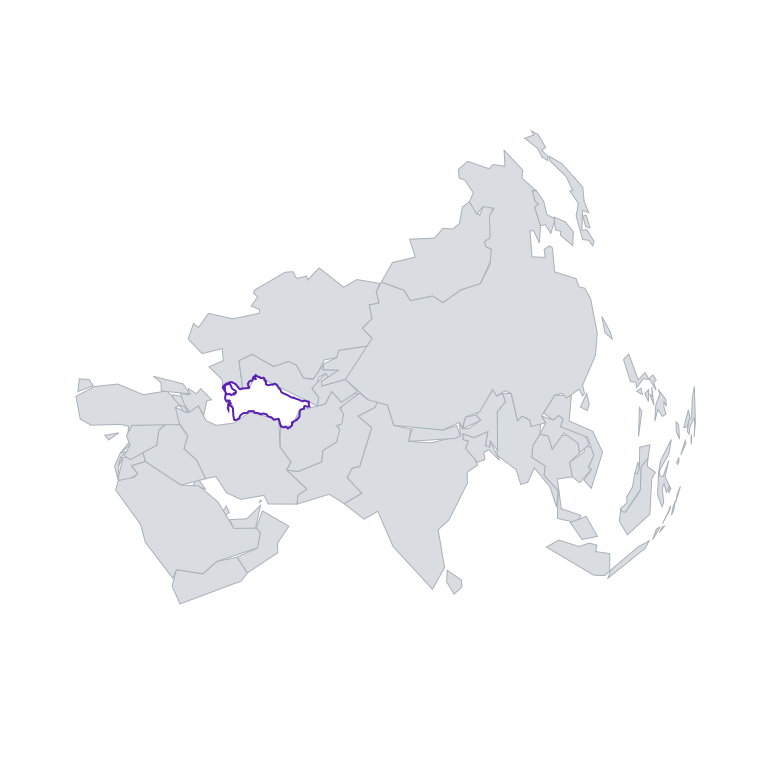 location of Turkmenistan within Asia, rotated 351°
{"feature_id": "TKM", "entity_name": "Turkmenistan", "entity_type": "country or territory", "adm_level": 0, "iso_a3": "TKM", "parent_name": "Asia", "parent_adm1": "", "projection": "orthographic", "projection_center": [58.325, 38.975], "detail": "fine", "context": "in_parent", "style": "outline", "palette": "violet", "viewbox_px": 768, "rotation_deg": 351, "n_neighbors": 45, "source": "natural_earth", "source_scale": "50m", "svg_char_len": 17937}
<svg xmlns="http://www.w3.org/2000/svg" viewBox="0 0 768 768"><g transform="rotate(351 384 384)"><path d="M395.8,284.2L390.8,291.9L391.8,303.2L381.8,303.7L382.4,317.6L371.4,325.5L379.4,337.1L377.9,344.0L344.4,343.8L341.6,350.5L328.8,350.9L316.6,368.1L305.3,365.5L300.5,351.9L293.5,346.9L277.7,349.5L258.3,334.1L244.4,338.4L243.8,366.4L233.4,358.3L224.3,362.0L224.8,354.3L213.9,339.6L229.0,335.8L229.8,323.7L209.0,325.5L197.7,309.0L205.3,294.4L209.6,299.2L221.7,286.8L244.7,296.0L271.8,294.6L272.9,291.1L265.0,286.2L272.8,278.4L269.3,273.4L271.2,270.9L303.6,258.2L311.5,258.8L314.3,266.1L324.5,265.3L325.0,269.3L338.1,259.2L359.3,282.1L373.6,276.6L395.8,284.2Z" fill="#d9dde1" stroke="#a8b0b8" stroke-width="1"/><path d="M243.8,366.4L244.4,338.4L258.3,334.1L277.7,349.5L293.5,346.9L300.5,351.9L305.3,365.5L314.5,368.4L328.0,354.4L325.9,360.4L341.3,363.2L335.0,369.7L328.2,370.1L327.8,364.5L320.5,367.2L317.0,376.8L312.2,377.0L317.4,387.3L314.8,395.4L259.0,355.6L250.3,366.5L243.8,366.4Z" fill="#d9dde1" stroke="#a8b0b8" stroke-width="1"/><path d="M685.2,472.6L685.2,472.1L682.0,484.6L684.5,473.4L685.1,465.7L679.2,474.8L677.6,481.3L676.1,478.3L679.7,466.9L676.8,473.6L673.2,474.0L680.6,457.1L680.9,466.8L682.5,465.5L686.2,446.4L690.2,434.8L685.4,471.5L685.2,472.6ZM653.6,544.6L650.5,553.8L647.4,558.5L650.1,551.0L653.6,544.6ZM678.0,491.7L678.4,487.8L679.6,482.0L679.5,485.4L678.0,491.7ZM633.0,498.8L631.2,506.6L638.2,513.7L633.7,519.3L626.2,554.2L600.7,571.1L595.0,556.3L598.3,544.1L602.4,548.3L617.2,532.9L620.7,528.4L624.9,506.0L633.0,498.8ZM666.0,500.3L672.6,486.9L673.1,489.7L666.0,500.3ZM663.1,507.1L661.2,509.2L660.8,507.5L663.7,502.7L663.1,507.1ZM666.5,467.2L668.7,470.0L667.2,484.7L665.3,476.6L666.5,467.2ZM645.0,503.3L659.1,483.7L654.4,497.6L642.6,512.6L642.0,517.7L645.1,519.1L653.3,504.1L647.0,519.6L651.0,532.4L648.0,536.0L650.1,529.3L645.9,535.2L645.0,526.1L642.5,530.7L641.7,545.1L639.3,548.6L636.9,536.4L641.3,514.6L645.0,503.3ZM638.8,568.4L632.8,573.7L636.4,568.7L638.8,568.4ZM637.1,565.6L644.7,554.9L648.0,549.0L646.9,552.7L637.1,565.6ZM630.3,570.0L634.3,568.3L624.9,579.9L630.3,570.0ZM578.9,603.2L609.5,584.7L621.4,580.4L616.3,587.0L574.8,610.9L578.9,603.2ZM566.8,582.6L580.4,586.9L577.7,603.8L572.0,607.7L561.4,605.7L518.8,570.5L532.1,565.5L551.2,575.0L561.7,573.2L569.0,576.4L566.8,582.6Z" fill="#d9dde1" stroke="#a8b0b8" stroke-width="1"/><path d="M653.4,546.8L656.9,537.7L660.8,531.4L653.4,546.8Z" fill="#d9dde1" stroke="#a8b0b8" stroke-width="1"/><path d="M117.5,410.3L110.2,419.4L106.3,436.6L105.0,423.0L112.9,410.6L117.5,410.3Z" fill="#d9dde1" stroke="#a8b0b8" stroke-width="1"/><path d="M123.6,404.6L113.1,410.6L123.3,401.5L123.6,404.6Z" fill="#d9dde1" stroke="#a8b0b8" stroke-width="1"/><path d="M114.5,416.4L109.1,423.1L112.6,414.8L114.5,416.4Z" fill="#d9dde1" stroke="#a8b0b8" stroke-width="1"/><path d="M114.5,416.4L135.3,413.8L136.1,423.4L121.9,425.1L126.6,434.0L112.9,440.7L106.3,436.6L114.5,416.4Z" fill="#d9dde1" stroke="#a8b0b8" stroke-width="1"/><path d="M210.5,493.8L227.3,495.7L243.1,484.5L233.9,507.9L213.0,503.1L210.5,493.8Z" fill="#d9dde1" stroke="#a8b0b8" stroke-width="1"/><path d="M205.4,489.6L205.3,484.2L209.2,479.8L211.1,486.6L205.4,489.6Z" fill="#d9dde1" stroke="#a8b0b8" stroke-width="1"/><path d="M185.0,447.7L191.3,459.9L179.5,454.3L185.0,447.7Z" fill="#d9dde1" stroke="#a8b0b8" stroke-width="1"/><path d="M136.1,423.4L135.3,413.8L150.0,408.8L154.2,394.6L164.3,388.5L175.7,392.1L182.0,404.5L176.4,416.8L187.0,429.7L193.1,449.7L167.5,452.0L136.1,423.4Z" fill="#d9dde1" stroke="#a8b0b8" stroke-width="1"/><path d="M235.4,506.4L244.0,490.3L267.8,509.6L253.7,524.7L252.8,534.0L219.3,549.3L211.8,532.1L233.5,526.0L238.5,511.7L235.4,506.4ZM244.7,480.1L241.9,481.9L243.9,479.4L244.7,480.1Z" fill="#d9dde1" stroke="#a8b0b8" stroke-width="1"/><path d="M555.4,505.1L555.0,490.4L571.1,482.4L572.4,476.3L579.3,479.2L580.2,487.4L572.8,498.2L575.7,500.6L561.9,512.1L555.4,505.1Z" fill="#d9dde1" stroke="#a8b0b8" stroke-width="1"/><path d="M566.4,482.7L555.0,490.4L555.4,505.1L540.4,505.0L539.6,534.9L558.0,544.7L552.9,551.3L534.2,543.9L539.3,516.6L527.7,499.4L530.3,490.2L518.4,479.4L521.3,468.3L530.2,457.9L538.0,460.9L540.0,474.7L550.0,462.6L559.1,463.5L566.4,472.9L566.4,482.7Z" fill="#d9dde1" stroke="#a8b0b8" stroke-width="1"/><path d="M577.2,475.7L566.4,482.7L566.4,472.9L553.9,460.6L540.0,474.7L538.0,460.9L530.2,457.9L537.6,447.7L534.6,440.4L545.6,446.1L551.7,442.2L555.3,446.8L551.8,453.9L574.4,464.7L577.2,475.7Z" fill="#d9dde1" stroke="#a8b0b8" stroke-width="1"/><path d="M530.2,457.9L521.3,468.3L518.4,479.4L530.3,490.2L527.7,499.4L539.3,516.6L535.2,532.5L531.9,511.8L519.4,490.3L510.7,503.6L503.3,504.6L501.2,489.4L484.5,472.1L491.4,429.3L501.1,420.4L499.5,411.7L508.2,413.3L510.2,441.3L515.5,437.2L522.4,442.4L522.4,448.9L533.0,445.1L530.2,457.9Z" fill="#d9dde1" stroke="#a8b0b8" stroke-width="1"/><path d="M566.4,510.3L575.7,500.6L572.8,498.2L580.2,487.4L576.7,468.5L551.8,453.9L555.3,446.8L551.7,442.2L545.6,446.1L537.0,437.8L550.7,421.8L567.3,424.9L561.0,449.5L582.8,463.4L589.2,485.6L572.4,519.5L566.4,510.3Z" fill="#d9dde1" stroke="#a8b0b8" stroke-width="1"/><path d="M564.7,217.1L570.3,228.4L571.3,242.2L578.9,247.7L572.3,261.4L568.3,251.7L563.2,252.3L562.2,245.9L560.4,232.9L564.7,230.3L561.9,227.9L560.7,216.1L564.7,217.1Z" fill="#d9dde1" stroke="#a8b0b8" stroke-width="1"/><path d="M577.3,258.4L578.2,245.8L588.4,252.2L594.9,263.3L592.0,276.9L581.5,264.6L582.5,260.9L577.3,258.4Z" fill="#d9dde1" stroke="#a8b0b8" stroke-width="1"/><path d="M397.3,283.0L411.4,265.3L434.8,263.5L431.9,245.0L456.7,247.8L466.6,239.4L476.1,241.8L483.6,237.4L489.0,221.5L496.9,217.5L504.9,232.6L509.5,224.3L518.8,225.3L511.6,256.5L505.4,259.1L506.4,264.5L511.1,267.6L509.9,277.1L494.9,300.0L474.4,303.2L455.0,313.0L445.6,304.7L423.0,305.9L418.4,294.6L397.3,283.0Z" fill="#d9dde1" stroke="#a8b0b8" stroke-width="1"/><path d="M499.5,411.7L501.1,420.4L491.4,429.3L485.8,467.3L480.1,457.4L478.6,463.0L474.5,460.7L479.1,447.4L464.3,451.1L454.3,445.7L453.4,451.3L458.5,453.5L454.6,460.6L458.8,461.2L463.7,478.7L452.2,484.3L451.0,494.8L426.8,528.5L414.7,536.4L415.1,574.8L399.7,594.3L367.5,545.8L357.9,508.7L343.2,514.4L325.8,495.9L344.9,488.5L332.9,470.8L339.4,462.1L347.1,461.6L364.9,425.3L353.3,411.7L371.6,405.6L376.1,398.1L384.2,405.4L387.2,426.4L403.6,432.7L399.3,444.5L421.2,449.5L451.4,447.0L452.4,433.6L454.8,440.5L460.7,441.2L473.7,435.0L470.0,429.2L490.4,406.5L493.5,413.5L499.5,411.7Z" fill="#d9dde1" stroke="#a8b0b8" stroke-width="1"/><path d="M480.1,457.4L486.2,477.6L477.3,465.3L471.8,467.2L471.9,474.5L464.1,475.9L454.6,460.6L458.5,453.5L453.4,451.3L454.3,445.7L464.3,451.1L479.1,447.4L474.5,460.7L478.6,463.0L480.1,457.4Z" fill="#d9dde1" stroke="#a8b0b8" stroke-width="1"/><path d="M470.0,429.2L473.7,435.0L454.8,440.5L459.4,429.3L470.0,429.2Z" fill="#d9dde1" stroke="#a8b0b8" stroke-width="1"/><path d="M449.2,436.4L451.4,447.0L446.5,448.9L399.3,444.5L405.7,430.2L435.1,438.7L449.2,436.4Z" fill="#d9dde1" stroke="#a8b0b8" stroke-width="1"/><path d="M376.1,398.1L371.6,405.6L353.3,411.7L364.9,425.3L347.1,461.6L339.4,462.1L332.9,470.8L344.9,488.5L325.8,495.9L312.6,484.3L279.2,489.0L281.6,480.3L291.3,475.9L274.2,453.6L285.4,457.0L310.2,451.1L313.2,440.1L328.0,433.9L339.4,397.1L358.2,389.1L365.9,397.1L376.1,398.1Z" fill="#d9dde1" stroke="#a8b0b8" stroke-width="1"/><path d="M296.3,397.2L323.0,394.4L331.2,383.1L339.2,395.4L346.6,388.3L358.2,389.1L336.4,400.9L339.4,407.5L336.1,416.9L330.2,417.5L333.2,422.2L328.0,433.9L313.2,440.1L310.2,451.1L285.4,457.0L274.2,453.6L279.9,446.6L271.4,429.9L275.2,409.5L286.2,410.9L296.3,397.2Z" fill="#d9dde1" stroke="#a8b0b8" stroke-width="1"/><path d="M314.8,395.4L317.4,387.3L312.2,377.0L327.8,364.5L330.6,369.6L322.4,376.2L346.6,373.4L356.8,387.1L339.2,395.4L331.2,383.1L323.0,394.4L314.8,395.4Z" fill="#d9dde1" stroke="#a8b0b8" stroke-width="1"/><path d="M328.0,354.4L341.6,350.5L344.4,343.8L377.9,344.0L346.6,373.4L322.4,376.2L322.4,371.8L341.3,363.2L325.9,360.4L328.0,354.4Z" fill="#d9dde1" stroke="#a8b0b8" stroke-width="1"/><path d="M193.1,449.7L187.0,429.7L176.4,416.8L182.0,404.5L173.4,385.5L174.4,374.5L185.4,381.4L197.3,376.4L202.4,392.3L211.8,398.6L229.9,399.1L247.1,390.8L274.5,403.1L271.4,429.9L279.9,446.6L274.2,453.6L291.3,475.9L281.6,480.3L279.2,489.0L250.9,484.4L248.1,475.2L224.5,475.6L211.5,466.9L203.4,449.0L193.1,449.7Z" fill="#d9dde1" stroke="#a8b0b8" stroke-width="1"/><path d="M116.0,414.3L123.6,404.6L121.5,394.7L128.6,385.4L161.6,389.3L154.2,394.6L150.0,408.8L122.0,419.0L116.0,414.3Z" fill="#d9dde1" stroke="#a8b0b8" stroke-width="1"/><path d="M187.5,381.4L172.9,367.8L173.5,361.5L184.3,365.3L187.5,381.4Z" fill="#d9dde1" stroke="#a8b0b8" stroke-width="1"/><path d="M175.7,392.1L128.6,385.4L123.6,392.0L125.1,385.8L117.2,382.6L88.3,378.9L78.5,371.2L77.8,348.1L97.6,341.2L121.1,342.4L144.6,356.9L168.8,356.9L178.7,372.9L174.4,374.5L175.7,392.1ZM83.8,331.2L93.4,333.4L96.5,340.2L80.5,343.6L83.8,331.2Z" fill="#d9dde1" stroke="#a8b0b8" stroke-width="1"/><path d="M429.8,589.9L429.1,596.8L420.3,602.5L414.9,589.3L417.3,577.8L429.8,589.9Z" fill="#d9dde1" stroke="#a8b0b8" stroke-width="1"/><path d="M580.5,442.1L574.4,437.4L582.7,425.1L583.5,435.9L580.5,442.1ZM346.6,373.4L379.4,337.1L371.4,325.5L382.4,317.6L381.8,303.7L391.8,303.2L390.8,291.9L397.3,283.0L418.4,294.6L423.0,305.9L445.6,304.7L455.0,313.0L474.4,303.2L494.9,300.0L507.3,282.6L511.1,267.6L506.4,264.5L505.4,259.1L511.6,256.5L514.5,234.2L520.3,227.7L509.5,224.3L502.3,230.9L496.9,217.5L502.1,209.2L495.9,195.3L490.5,192.5L491.1,183.6L501.6,177.2L521.4,187.8L526.0,184.3L537.5,187.9L539.2,172.0L554.6,194.6L552.4,202.2L564.7,217.1L560.7,216.1L561.9,227.9L564.7,230.3L560.4,232.9L563.2,252.3L559.5,269.1L555.9,256.4L552.2,255.0L550.1,281.6L563.0,284.2L563.2,276.1L569.1,273.4L571.7,276.0L570.1,299.9L590.2,310.0L591.9,318.7L597.3,320.8L601.4,332.3L602.6,367.0L597.3,388.8L579.9,416.4L580.6,424.6L578.3,426.9L575.8,419.7L562.1,426.5L558.5,421.0L550.7,421.8L534.6,440.4L537.6,447.7L522.4,448.9L522.4,442.4L515.5,437.2L510.2,441.3L508.2,413.3L502.4,409.6L493.5,413.5L490.4,406.5L474.2,426.4L459.4,429.3L454.3,439.1L452.4,433.6L435.1,438.7L387.2,426.4L384.2,405.4L365.9,397.1L346.6,373.4Z" fill="#d9dde1" stroke="#a8b0b8" stroke-width="1"/><path d="M609.8,351.4L615.7,368.4L616.4,375.3L610.2,367.8L609.8,351.4Z" fill="#d9dde1" stroke="#a8b0b8" stroke-width="1"/><path d="M190.1,358.0L197.3,364.4L202.2,359.9L211.3,372.6L206.5,372.8L201.1,386.5L197.3,376.4L187.5,381.4L183.5,372.2L181.4,361.5L189.8,364.1L190.1,358.0ZM185.4,381.4L181.6,379.8L178.7,372.9L183.8,375.5L185.4,381.4Z" fill="#d9dde1" stroke="#a8b0b8" stroke-width="1"/><path d="M157.3,340.3L185.6,352.5L190.7,363.3L162.9,356.1L164.0,347.7L157.3,340.3Z" fill="#d9dde1" stroke="#a8b0b8" stroke-width="1"/><path d="M637.6,434.8L632.5,430.8L637.2,428.3L637.6,434.8ZM647.3,447.3L645.0,436.0L647.0,438.1L648.0,428.9L647.3,447.3ZM653.9,432.3L659.8,443.1L659.6,450.2L657.7,445.6L656.8,450.7L657.8,457.9L653.8,459.5L650.5,451.9L645.6,463.1L649.2,447.2L655.0,436.8L653.9,432.3ZM634.3,451.7L627.2,475.6L632.6,447.3L634.3,451.7ZM630.3,392.6L635.8,419.6L643.8,413.6L646.2,420.9L641.0,419.4L632.9,427.1L633.0,421.4L627.8,420.2L624.4,397.4L630.3,392.6ZM642.4,442.7L640.1,434.2L644.6,430.9L642.4,442.7ZM651.0,417.1L653.4,422.7L650.7,424.4L651.7,432.6L646.7,419.9L651.0,417.1Z" fill="#d9dde1" stroke="#a8b0b8" stroke-width="1"/><path d="M546.4,549.9L562.9,546.4L571.0,567.9L555.3,568.6L546.4,549.9ZM633.0,498.8L624.9,506.0L620.7,528.4L602.4,548.3L599.2,547.5L598.3,544.1L605.3,539.3L606.1,533.5L613.2,524.7L617.9,511.3L622.8,508.0L626.7,486.4L637.2,485.6L633.0,498.8Z" fill="#d9dde1" stroke="#a8b0b8" stroke-width="1"/><path d="M622.6,500.7L622.8,508.0L620.0,512.6L617.9,511.3L622.6,500.7Z" fill="#d9dde1" stroke="#a8b0b8" stroke-width="1"/><path d="M593.8,193.7L611.1,220.5L610.2,235.1L613.1,246.9L607.4,243.4L603.5,263.0L608.4,263.4L613.8,275.7L611.7,280.3L608.7,274.1L602.8,272.4L600.0,248.1L604.3,236.0L597.7,222.5L600.7,222.5L596.4,207.7L582.9,189.6L582.7,184.9L593.8,193.7ZM571.1,161.4L569.1,157.1L575.1,161.4L580.7,175.5L576.3,177.8L581.5,184.9L580.7,189.0L575.6,184.6L572.5,175.2L561.4,163.3L571.1,161.4ZM607.8,260.1L606.6,249.2L610.2,249.0L611.9,262.0L607.8,260.1Z" fill="#d9dde1" stroke="#a8b0b8" stroke-width="1"/><path d="M211.8,532.1L219.3,549.3L212.2,556.2L148.1,569.3L143.1,550.5L149.9,534.9L175.2,543.1L191.1,533.1L211.8,532.1Z" fill="#d9dde1" stroke="#a8b0b8" stroke-width="1"/><path d="M106.3,437.8L122.8,437.0L126.6,434.0L121.9,425.1L136.1,423.4L167.5,452.0L185.3,455.8L201.8,474.9L213.0,503.1L235.4,506.4L238.5,511.7L233.5,526.0L191.1,533.1L175.2,543.1L149.9,534.9L145.0,542.9L123.5,502.9L121.6,484.7L102.4,446.7L106.3,437.8Z" fill="#d9dde1" stroke="#a8b0b8" stroke-width="1"/><path d="M114.4,390.7L103.3,396.2L100.2,391.0L114.4,390.7Z" fill="#d9dde1" stroke="#a8b0b8" stroke-width="1"/><path d="M243.9,366.3L245.4,366.5L246.7,366.6L248.4,366.7L248.9,366.8L249.5,366.9L249.8,366.9L250.1,366.6L250.3,366.4L250.4,366.1L250.2,366.0L249.8,365.5L249.7,363.8L249.6,362.4L250.0,362.0L250.4,361.6L251.1,360.7L251.5,360.4L252.0,360.1L253.7,360.1L254.4,359.9L254.7,359.6L255.0,358.8L255.2,358.2L255.4,357.9L255.6,357.6L255.9,357.7L256.4,357.8L256.8,357.9L257.1,358.1L257.3,358.3L257.6,358.7L257.6,359.0L257.9,359.1L258.1,359.1L258.2,358.9L257.8,358.3L257.1,357.3L256.6,357.0L256.4,356.8L256.3,356.6L256.6,356.3L256.9,356.1L257.5,356.2L258.2,356.3L258.5,356.2L258.8,355.4L259.6,356.2L260.4,357.1L260.7,357.2L261.3,357.3L261.8,357.4L262.0,357.4L262.2,357.7L262.7,358.6L263.1,358.9L263.7,359.0L265.4,359.0L266.0,359.0L266.4,359.5L266.7,359.7L266.8,359.8L266.8,360.0L266.7,360.3L266.7,360.8L266.7,361.1L266.5,361.3L266.5,361.5L267.4,362.0L267.7,362.3L267.9,362.5L268.0,362.7L267.8,362.9L267.4,362.8L267.3,363.1L267.3,363.5L267.6,364.0L267.6,364.3L267.5,364.7L267.3,365.3L267.3,365.6L267.4,365.8L268.0,366.2L269.5,367.1L269.9,367.2L271.2,366.9L271.9,366.9L272.3,367.0L273.3,367.1L273.7,367.3L274.0,367.3L274.5,367.2L274.9,366.8L275.0,366.7L275.5,366.6L276.3,366.8L277.2,367.3L277.9,367.9L278.2,368.3L278.6,369.4L279.1,370.9L279.7,372.0L280.3,372.5L280.8,373.5L281.3,375.8L281.6,376.2L281.8,376.5L282.6,377.1L284.2,378.1L285.1,378.7L286.5,379.6L287.8,380.5L289.2,381.8L289.4,382.0L290.6,382.7L291.9,383.5L292.7,383.2L294.1,384.4L294.7,384.8L294.9,384.9L295.9,385.3L297.5,386.2L299.5,387.5L300.8,388.3L301.2,388.4L301.5,388.3L301.9,388.1L302.3,387.9L303.0,388.1L303.7,388.3L304.2,388.6L304.8,388.9L305.2,389.2L305.6,389.3L306.7,389.5L306.9,389.7L307.0,389.9L307.1,390.1L306.6,391.3L306.6,392.7L306.7,393.8L306.8,394.6L306.5,394.6L305.8,394.5L304.3,394.3L303.0,393.7L302.2,393.3L301.7,393.7L301.5,394.1L301.3,394.9L301.1,395.8L299.6,396.0L298.3,396.1L297.5,396.5L296.7,397.1L296.5,397.6L296.4,398.4L296.0,400.0L295.7,401.5L295.5,402.5L295.2,403.2L294.4,404.1L293.3,404.8L292.8,405.1L292.5,405.5L292.5,405.8L292.3,405.9L291.9,405.9L291.4,406.0L290.4,406.4L289.3,406.8L288.0,407.3L287.3,407.4L287.0,407.5L286.9,407.7L287.0,408.1L287.1,408.4L287.3,408.7L287.0,409.1L286.8,409.6L286.7,410.5L286.2,410.8L285.5,411.3L284.7,412.0L284.0,412.3L283.5,412.3L283.1,412.2L282.6,412.4L282.1,412.9L281.9,412.7L281.8,412.3L281.5,412.0L280.7,411.3L280.0,410.9L279.7,410.8L279.1,411.0L278.4,411.1L277.8,411.0L277.3,410.9L276.5,410.2L276.2,409.9L276.0,409.6L275.5,409.7L275.4,409.4L275.3,409.0L275.5,408.6L275.4,407.8L275.1,407.2L274.8,407.0L274.8,406.8L274.9,406.4L275.1,406.1L275.1,405.4L274.8,404.6L274.7,403.5L274.7,402.5L274.4,401.9L271.9,402.0L269.6,402.1L268.6,400.7L267.9,399.7L267.2,399.1L265.6,398.4L264.8,398.1L264.2,397.5L263.6,396.9L263.5,396.0L263.4,395.8L263.2,395.5L263.0,395.4L262.8,395.5L261.0,394.5L260.3,394.3L259.6,394.5L259.3,394.5L258.7,394.2L258.0,394.6L257.7,394.6L257.3,394.5L256.9,394.4L256.0,393.5L255.2,393.1L254.7,392.9L253.6,392.6L252.5,392.4L251.9,392.2L251.5,392.0L251.4,391.9L251.4,391.6L251.3,391.1L251.2,390.8L250.9,390.4L250.5,390.2L249.8,390.2L248.8,390.2L248.0,389.9L247.4,389.8L246.6,389.8L246.0,389.8L245.6,390.0L245.3,390.3L245.1,391.0L244.7,391.1L244.4,391.1L243.7,391.1L242.4,390.9L240.8,390.8L239.6,391.2L238.7,391.7L237.8,392.2L236.7,393.2L236.4,393.6L235.7,395.2L235.4,395.5L235.0,395.6L234.6,395.6L233.9,395.9L232.9,396.2L232.3,396.4L230.6,396.2L230.5,395.7L230.3,393.7L230.3,391.7L230.3,390.8L230.6,389.0L230.6,388.1L230.6,387.3L230.7,386.5L230.9,385.5L231.0,384.6L230.9,384.0L230.6,383.4L230.1,382.7L230.0,382.4L230.0,381.9L229.5,381.9L229.1,381.4L228.7,381.1L227.9,380.8L227.5,380.8L227.1,381.0L226.8,381.3L226.7,380.7L226.7,380.1L227.5,378.7L227.8,379.2L228.3,379.3L229.0,379.4L229.6,379.3L229.5,378.9L229.2,378.6L228.9,378.4L228.8,377.8L228.8,377.1L229.0,376.5L228.9,376.3L228.6,376.1L227.9,376.1L227.0,375.9L226.2,375.8L225.9,376.5L226.4,377.4L226.0,376.9L225.6,376.3L225.1,375.2L224.9,373.9L224.9,372.6L225.3,371.5L225.7,370.4L226.0,369.1L226.4,367.8L226.7,368.4L227.0,368.9L227.5,369.5L228.5,369.8L229.0,369.8L229.6,369.5L230.2,369.7L230.6,370.2L231.0,370.9L231.6,371.0L232.8,370.6L233.5,370.6L234.0,370.8L234.5,370.8L234.3,370.3L234.2,369.7L234.5,369.5L235.5,369.8L236.2,369.6L236.3,369.5L236.5,369.4L236.6,368.9L236.6,368.5L236.5,368.0L236.3,367.6L235.9,367.1L234.2,365.7L233.6,365.1L233.2,364.5L232.9,363.5L232.7,362.5L232.5,361.8L232.0,360.0L231.8,359.8L231.5,359.7L230.8,359.6L230.0,359.7L228.8,359.9L228.1,359.8L227.8,360.0L227.0,360.6L226.6,361.2L226.0,362.6L226.4,363.1L226.3,363.4L225.9,365.4L226.0,366.4L225.9,366.5L225.8,366.3L225.4,365.2L224.7,363.9L224.2,362.0L225.4,360.8L226.5,360.0L227.3,359.5L227.6,359.4L228.7,359.0L230.1,358.7L231.2,358.4L232.5,358.2L233.0,358.2L233.6,358.3L234.2,358.5L234.5,358.7L235.6,359.5L236.7,360.3L237.6,361.2L237.9,361.6L238.1,362.0L238.2,362.4L239.0,363.8L239.3,364.4L239.7,365.2L240.1,365.6L240.5,366.1L240.8,366.5L241.1,366.6L241.4,366.7L242.2,366.6L243.1,366.4L243.6,366.3L243.9,366.3ZM226.4,384.8L226.3,385.2L226.0,384.1L225.9,382.9L226.2,382.6L226.4,382.6L226.1,383.0L226.4,384.8Z" fill="none" stroke="#5b21b6" stroke-width="2"/></g></svg>